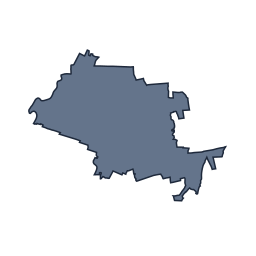 outline of Probota, Iasi, Romania, rotated 205°
{"feature_id": "2599482B12460610774115", "entity_name": "Probota", "entity_type": "district", "adm_level": 2, "iso_a3": "ROU", "parent_name": "Romania", "parent_adm1": "Iasi", "projection": "orthographic", "projection_center": [27.465, 47.391], "detail": "fine", "context": "isolated", "style": "filled", "palette": "slate", "viewbox_px": 256, "rotation_deg": 205, "n_neighbors": 0, "source": "geoboundaries", "source_scale": "gbopen_adm2", "svg_char_len": 5569}
<svg xmlns="http://www.w3.org/2000/svg" viewBox="0 0 256 256"><g transform="rotate(205 128 128)"><path d="M97.6,83.5L84.6,96.0L83.6,96.7L82.4,97.6L81.1,98.5L80.4,99.0L78.8,100.0L77.6,99.1L76.3,98.5L76.1,98.3L75.6,97.5L74.6,96.9L72.2,98.9L70.4,100.1L69.1,101.2L68.6,100.5L67.7,98.7L66.2,96.4L64.5,97.6L58.2,102.6L59.1,104.3L57.7,105.3L55.9,106.8L55.5,106.7L55.0,106.2L54.7,105.9L54.2,104.6L53.2,102.3L51.4,100.2L51.5,98.6L51.4,97.4L52.3,93.3L52.3,93.1L52.4,92.4L52.7,90.3L53.1,88.9L53.3,88.6L54.8,87.8L55.9,86.9L56.4,86.5L57.3,86.0L58.3,85.6L58.1,85.5L55.2,82.0L48.6,84.7L48.6,86.2L48.2,87.8L48.7,87.8L48.9,87.9L50.1,89.3L49.7,90.8L49.6,91.8L49.1,93.3L49.0,93.9L48.8,93.8L48.5,94.3L48.0,95.8L47.5,97.9L46.8,99.7L45.8,99.4L45.5,99.2L45.2,99.2L43.7,99.4L42.9,99.7L42.5,100.0L41.4,99.6L39.9,99.2L39.4,98.9L39.0,98.3L38.9,97.4L37.9,97.2L37.3,97.6L37.2,97.8L37.3,98.5L37.8,100.3L38.4,103.3L38.5,104.3L38.5,104.8L38.4,105.4L38.2,105.8L38.0,106.0L38.7,106.7L38.9,107.1L39.0,107.4L38.8,108.4L39.1,109.4L40.0,111.1L40.0,111.3L39.8,112.6L39.9,112.9L40.1,113.5L41.5,116.3L42.3,118.3L43.0,120.6L43.6,123.0L44.1,125.7L44.1,127.8L43.9,129.4L43.9,129.7L44.3,131.0L44.3,131.6L44.2,132.9L44.0,133.4L44.2,133.9L44.2,134.8L42.3,133.0L36.2,128.2L34.2,126.1L33.9,126.4L33.5,126.7L31.3,128.1L38.6,137.5L30.7,141.6L30.6,142.0L31.0,143.5L31.1,145.4L31.3,146.1L31.9,147.0L32.0,147.4L32.0,148.5L31.9,149.1L31.8,151.0L31.6,151.7L31.6,152.3L32.1,151.9L33.2,150.7L36.1,148.8L38.7,146.8L41.9,144.1L49.6,138.8L50.0,138.2L51.3,137.2L57.5,133.8L57.8,133.5L58.4,133.3L59.2,132.6L60.0,132.2L60.6,131.8L61.9,131.2L63.0,130.6L63.3,131.2L63.4,131.6L63.9,132.4L64.0,132.7L64.0,133.1L64.0,134.2L64.0,134.6L64.2,135.4L69.8,133.3L69.9,133.9L75.5,131.4L75.7,131.6L77.7,134.7L78.0,135.2L78.2,137.0L78.3,137.5L80.6,137.6L82.2,136.9L82.1,137.6L82.1,139.0L83.2,140.4L84.5,140.3L84.9,140.9L85.0,141.4L84.8,142.8L84.4,143.9L85.1,145.4L85.6,145.2L85.2,144.3L86.1,144.2L87.0,144.0L87.4,144.4L87.3,144.7L87.2,144.8L87.3,145.2L86.5,146.2L86.1,146.4L86.1,146.6L86.0,146.9L86.4,148.1L86.4,148.3L86.2,148.4L86.4,149.0L86.6,149.5L87.6,151.0L87.8,151.3L88.2,151.8L89.0,152.4L89.3,153.2L89.8,153.6L90.5,153.9L91.1,154.1L91.9,153.9L92.3,154.1L92.6,154.2L93.0,154.7L93.7,156.2L94.0,156.6L94.5,156.9L95.1,157.5L95.3,159.0L95.7,159.6L93.5,161.6L93.6,162.1L93.4,162.3L92.8,162.5L92.6,162.5L91.8,163.3L91.2,163.3L91.0,163.2L90.0,162.0L88.6,161.0L88.0,160.2L86.9,159.3L86.1,158.2L85.8,157.8L81.5,160.6L85.8,167.1L79.9,170.3L81.7,172.8L83.5,175.5L85.6,178.8L86.0,179.5L86.3,180.3L87.9,180.6L89.1,181.7L89.9,182.2L93.1,183.3L94.0,183.5L95.0,182.9L95.3,182.8L95.9,182.2L97.7,181.3L102.5,179.6L101.2,177.0L100.9,176.6L99.7,174.4L102.4,173.1L104.3,172.8L106.1,176.8L106.6,178.1L106.8,178.5L107.4,179.0L107.7,179.3L108.7,180.9L109.1,182.1L109.2,182.9L110.0,184.1L110.4,185.1L110.6,185.6L125.7,177.1L128.5,175.4L129.1,174.6L133.6,177.6L135.0,179.4L137.0,177.8L140.9,174.9L141.7,175.8L145.5,179.1L146.7,181.3L147.6,182.8L148.2,183.9L148.6,184.9L149.1,185.7L151.4,184.4L167.4,177.7L171.9,175.6L179.7,172.3L182.9,170.8L184.9,170.0L185.2,172.4L185.4,173.1L185.6,174.2L185.7,175.6L185.1,177.7L184.4,179.8L185.2,179.7L187.8,178.8L189.6,178.8L190.8,178.9L191.1,180.0L191.6,180.0L192.9,179.6L192.9,177.4L194.3,177.4L194.9,178.9L195.2,179.9L195.9,181.4L196.1,181.5L197.8,181.4L197.8,175.0L198.5,174.9L203.4,175.1L203.9,162.7L204.4,162.0L205.8,161.2L206.1,160.9L206.0,160.3L205.1,158.4L204.7,157.2L204.1,156.2L202.7,153.5L202.6,153.1L202.6,152.8L206.4,151.3L206.7,151.1L207.1,150.8L208.0,150.4L209.8,148.9L211.0,147.7L210.5,146.6L209.3,145.4L208.8,144.4L208.8,143.6L209.1,143.0L209.7,142.2L210.4,141.6L211.1,140.8L211.3,140.6L211.4,139.8L211.3,139.1L211.2,138.5L210.0,136.3L209.6,134.9L209.6,133.7L210.4,130.9L210.7,129.5L210.7,128.4L210.5,126.7L210.5,125.1L210.6,123.6L210.9,122.4L211.2,121.8L211.8,121.0L213.1,119.7L215.8,117.3L217.0,116.6L217.6,116.3L218.6,116.3L220.1,117.1L221.1,117.3L222.0,117.2L222.4,117.0L222.7,116.7L223.3,115.8L223.8,114.8L223.9,114.0L224.1,111.1L224.4,108.0L224.8,106.6L225.0,105.7L225.1,104.3L225.4,103.0L225.3,102.3L225.0,101.4L223.9,100.1L223.6,99.8L223.4,99.8L222.8,99.9L222.6,100.2L222.0,101.9L221.1,103.0L220.2,103.5L219.2,103.5L217.8,103.0L216.3,101.5L215.6,100.1L215.2,98.2L215.2,97.0L215.3,94.9L215.5,92.1L214.0,92.1L213.8,92.3L213.8,92.6L212.4,92.9L212.4,93.7L211.0,93.8L208.9,94.2L208.9,94.9L207.1,94.9L207.1,94.7L206.2,94.7L206.2,93.0L202.9,93.4L200.7,93.4L197.8,93.9L196.3,94.0L194.5,94.4L192.3,94.7L187.4,95.2L187.7,93.4L170.4,95.8L165.9,96.2L165.9,94.5L160.7,95.1L157.1,95.5L156.3,94.2L156.0,93.9L155.6,91.5L146.2,92.6L145.5,90.5L145.2,89.9L143.9,89.1L143.3,89.1L143.1,89.0L143.1,88.8L143.6,88.4L143.8,88.1L143.5,87.6L143.3,87.5L143.4,87.4L144.7,87.2L145.3,87.2L145.3,86.2L145.5,83.6L144.9,82.2L144.5,81.8L143.9,81.3L143.1,81.0L142.1,80.8L141.1,80.5L140.5,80.2L139.9,79.7L139.6,79.3L139.2,78.5L138.8,76.4L138.7,73.0L138.8,71.6L138.8,71.4L135.4,73.1L134.3,73.5L134.9,75.5L133.8,76.1L133.5,76.1L133.2,75.9L133.2,75.7L133.0,75.1L133.1,74.3L132.4,72.0L131.8,71.1L131.6,70.3L131.4,70.3L130.8,71.0L130.7,71.8L130.2,73.4L129.2,73.5L128.8,73.2L127.3,73.2L126.4,73.6L125.6,73.9L124.7,74.0L123.8,74.5L123.4,81.7L123.4,82.7L116.3,82.9L113.7,83.0L113.7,85.1L110.5,85.2L110.7,86.2L110.7,86.7L110.6,87.2L110.6,88.4L110.5,89.0L110.0,89.2L109.4,89.4L106.2,92.8L105.0,91.4L104.4,90.4L103.3,88.8L102.2,89.4L102.1,89.2L102.1,88.7L102.2,88.4L102.3,88.3L102.1,87.7L100.8,85.9L100.5,85.7L99.8,85.6L99.4,85.3L99.2,85.1L99.1,84.4L98.6,84.0L98.5,83.7L97.8,83.6L97.6,83.5Z" fill="#64748b" stroke="#1e293b" stroke-width="1.5"/></g></svg>